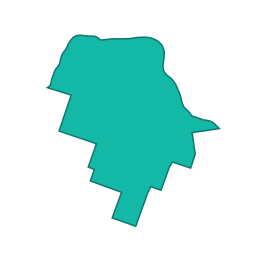 Lawrence, Ohio, United States of America (Natural Earth projection), rotated 195°
{"feature_id": "52423323B32939129903827", "entity_name": "Lawrence", "entity_type": "district", "adm_level": 2, "iso_a3": "USA", "parent_name": "United States of America", "parent_adm1": "Ohio", "projection": "natural_earth1", "projection_center": [-82.537, 38.626], "detail": "fine", "context": "isolated", "style": "filled", "palette": "teal", "viewbox_px": 256, "rotation_deg": 195, "n_neighbors": 0, "source": "geoboundaries", "source_scale": "gbopen_adm2", "svg_char_len": 1164}
<svg xmlns="http://www.w3.org/2000/svg" viewBox="0 0 256 256"><g transform="rotate(195 128 128)"><path d="M95.1,35.1L92.1,71.1L90.8,77.2L80.0,76.4L77.9,101.0L76.3,106.6L57.1,105.5L56.3,120.3L64.9,140.1L58.9,142.7L39.6,151.1L45.0,154.2L48.4,155.6L51.9,156.0L57.1,155.4L65.2,156.0L68.1,155.9L70.1,156.6L71.8,158.2L73.7,159.5L78.4,162.1L79.5,163.0L81.8,165.6L86.5,174.1L89.9,178.2L92.7,181.9L95.6,184.6L99.2,187.1L101.9,188.2L103.8,189.0L105.6,190.1L107.2,191.2L108.3,192.5L109.1,193.9L110.4,197.3L111.6,206.7L112.8,211.1L113.9,213.2L115.7,215.8L118.5,218.1L119.4,218.6L122.0,219.7L125.0,220.5L127.3,220.8L128.6,220.9L131.8,220.7L135.3,220.1L142.7,217.8L149.7,214.7L158.7,212.0L162.9,211.0L166.6,209.9L167.2,209.7L177.0,205.9L182.1,207.9L184.8,207.8L192.0,206.2L198.5,205.2L201.9,203.7L204.1,201.7L206.0,198.1L207.4,193.9L207.9,190.5L208.5,187.6L209.9,184.5L210.7,182.1L211.0,178.7L210.7,173.2L211.1,170.9L212.0,168.3L212.8,166.7L213.5,164.5L214.3,155.4L214.1,150.3L214.2,149.1L215.0,147.6L216.4,146.1L191.4,145.1L193.8,107.2L154.4,104.6L156.3,79.9L149.7,79.3L150.7,67.1L117.6,64.2L120.0,37.0L95.1,35.1Z" fill="#14b8a6" stroke="#0f766e" stroke-width="1.5"/></g></svg>